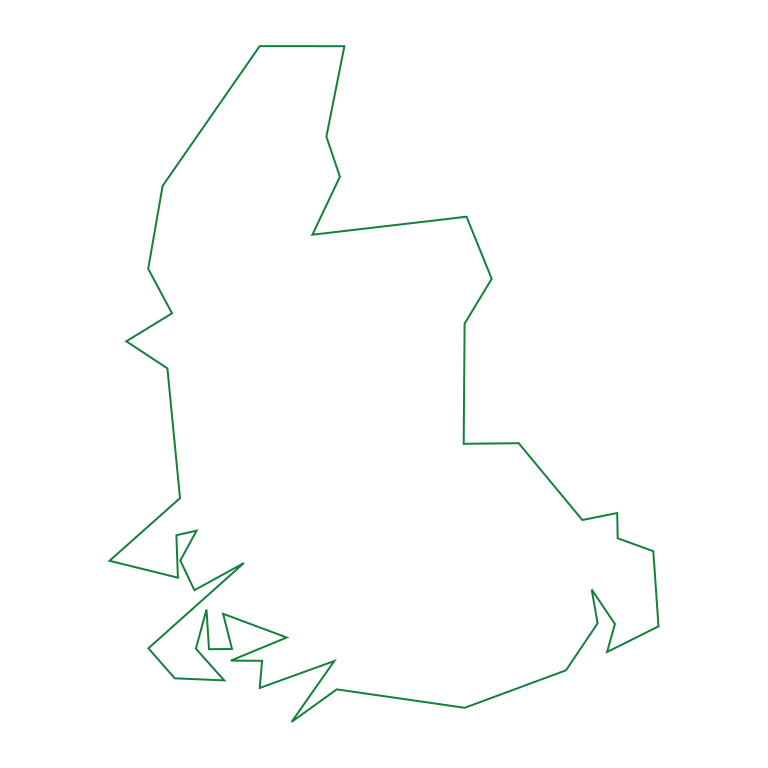 outline of Vest-Agder
{"feature_id": "NOR-916", "entity_name": "Vest-Agder", "entity_type": "County", "adm_level": 1, "iso_a3": "NOR", "parent_name": "Norway", "parent_adm1": "", "projection": "orthographic", "projection_center": [7.224, 58.601], "detail": "coarse", "context": "isolated", "style": "outline", "palette": "green", "viewbox_px": 768, "rotation_deg": 0, "n_neighbors": 0, "source": "natural_earth", "source_scale": "10m", "svg_char_len": 725}
<svg xmlns="http://www.w3.org/2000/svg" viewBox="0 0 768 768"><path d="M658.5,626.3L607.1,652.0L614.9,624.0L591.7,589.5L597.6,623.3L566.0,670.3L464.6,707.8L336.7,689.4L291.6,721.9L334.3,661.0L259.7,688.0L262.1,660.8L230.8,660.6L286.7,637.5L223.1,613.8L232.0,649.0L209.0,649.2L206.5,609.5L195.9,648.7L224.2,680.4L174.7,678.3L148.4,648.3L243.9,563.0L194.4,590.2L180.3,560.5L196.6,530.7L176.4,535.2L177.9,577.7L109.5,560.8L180.0,498.1L167.4,368.4L126.3,341.3L172.0,313.3L148.2,268.8L162.6,185.9L259.7,46.1L344.4,46.2L326.4,136.6L339.9,176.7L312.4,234.7L466.5,216.7L491.7,278.8L464.6,323.7L463.7,443.8L518.7,443.2L582.3,520.0L617.2,513.0L617.7,538.3L653.3,551.2L658.5,626.3Z" fill="none" stroke="#15803d" stroke-width="2"/></svg>